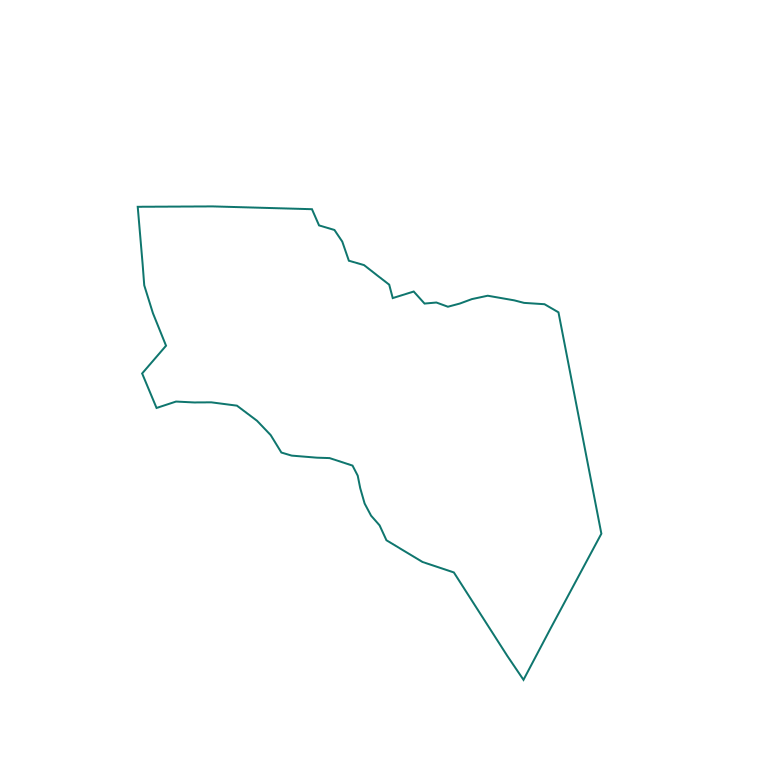 outline of Arês, Rio Grande do Norte, Brazil, rotated 222°
{"feature_id": "56859067B99959531577878", "entity_name": "Arês", "entity_type": "district", "adm_level": 2, "iso_a3": "BRA", "parent_name": "Brazil", "parent_adm1": "Rio Grande do Norte", "projection": "robinson", "projection_center": [-35.195, -6.196], "detail": "fine", "context": "isolated", "style": "outline", "palette": "teal", "viewbox_px": 768, "rotation_deg": 222, "n_neighbors": 0, "source": "geoboundaries", "source_scale": "gbopen_adm2", "svg_char_len": 788}
<svg xmlns="http://www.w3.org/2000/svg" viewBox="0 0 768 768"><g transform="rotate(222 384 384)"><path d="M685.6,350.9L643.4,311.4L628.2,296.9L603.1,282.0L571.6,266.6L570.8,230.0L537.0,214.0L526.8,231.8L512.8,243.2L500.1,254.8L478.8,269.5L453.7,271.7L434.0,270.2L414.4,264.4L404.7,269.0L384.5,284.4L374.9,292.5L352.8,302.3L342.2,298.3L332.0,290.7L318.4,282.2L305.5,277.5L292.7,276.0L277.6,269.5L236.3,277.5L206.0,290.7L110.3,264.4L82.4,257.5L96.5,313.2L122.3,418.2L302.3,554.0L318.1,550.7L334.2,538.0L343.2,533.3L366.0,519.0L375.5,505.9L381.5,494.5L388.2,484.2L399.6,479.6L407.7,470.9L423.8,472.6L435.0,453.7L446.6,461.3L461.2,460.2L478.4,459.0L492.6,452.1L510.3,461.9L523.9,465.3L538.4,458.4L554.5,465.7L630.2,401.3L685.6,350.9Z" fill="none" stroke="#0f766e" stroke-width="2"/></g></svg>